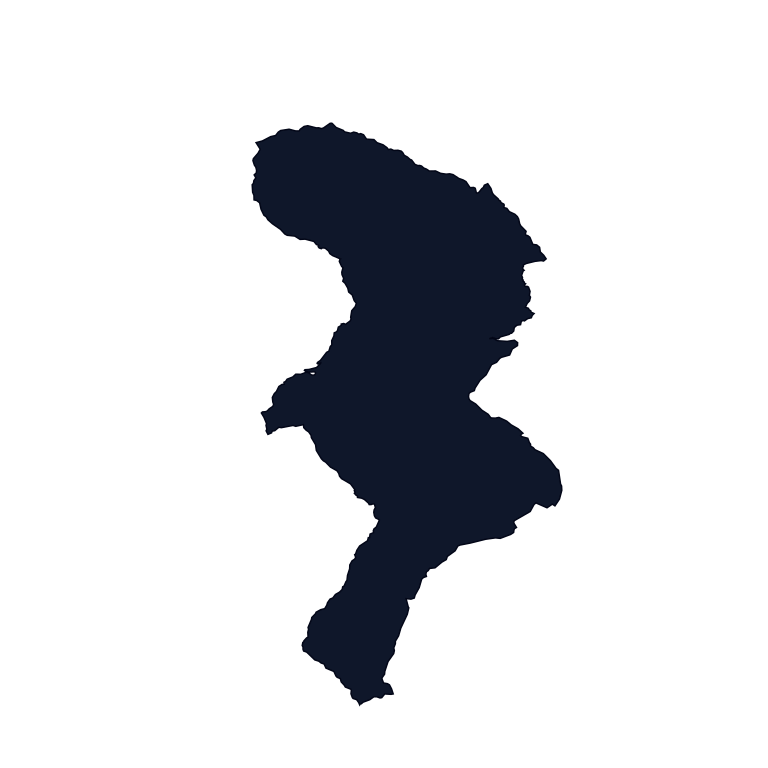 outline of Pamplona, Norte de Santander, Colombia, rotated 60°
{"feature_id": "7082276B8319460942471", "entity_name": "Pamplona", "entity_type": "district", "adm_level": 2, "iso_a3": "COL", "parent_name": "Colombia", "parent_adm1": "Norte de Santander", "projection": "mercator", "projection_center": [-72.675, 7.367], "detail": "fine", "context": "isolated", "style": "filled", "palette": "ink", "viewbox_px": 768, "rotation_deg": 60, "n_neighbors": 0, "source": "geoboundaries", "source_scale": "gbopen_adm2", "svg_char_len": 6170}
<svg xmlns="http://www.w3.org/2000/svg" viewBox="0 0 768 768"><g transform="rotate(60 384 384)"><path d="M569.6,585.6L571.4,585.7L573.3,586.8L575.1,587.1L577.5,585.0L588.3,581.9L591.5,579.0L594.1,578.0L596.5,575.9L601.1,576.3L607.9,571.1L612.9,571.6L614.6,571.2L617.3,569.1L620.6,570.0L625.0,569.0L627.1,569.0L631.8,565.3L632.9,565.4L635.8,567.5L639.8,568.2L640.9,568.0L643.7,565.5L647.3,565.2L649.7,565.5L649.2,564.7L649.6,563.5L649.1,561.2L650.3,554.2L649.8,549.2L651.3,546.6L653.9,544.4L654.5,542.8L652.8,538.3L656.3,533.0L657.0,531.0L651.8,529.9L647.3,529.7L645.3,530.8L642.7,533.9L638.4,533.2L637.4,532.5L635.6,528.6L633.3,527.0L626.4,519.3L622.3,510.4L620.0,508.3L617.4,507.5L614.6,504.0L612.4,502.7L609.4,497.3L603.8,491.5L595.1,479.0L590.2,474.4L589.3,474.5L580.9,472.2L583.8,468.2L584.5,464.8L582.3,462.6L578.0,455.4L571.8,448.9L571.3,446.5L571.9,443.5L569.5,442.8L567.8,441.0L567.7,439.0L566.5,436.8L568.7,431.7L567.2,423.0L567.2,417.9L565.0,415.4L564.0,405.8L561.2,401.0L561.5,398.6L564.9,388.8L569.3,373.5L573.0,364.4L575.8,360.5L577.6,349.4L577.4,346.0L575.1,344.2L574.5,343.1L574.5,341.0L569.6,341.1L568.3,340.6L567.5,339.4L567.5,321.1L563.4,314.4L562.9,311.9L572.7,304.7L572.2,298.3L575.0,296.9L571.4,289.6L565.0,283.2L561.1,281.2L558.9,281.1L546.0,276.0L543.2,277.2L533.7,278.2L524.0,280.8L516.4,286.1L513.8,286.6L511.0,288.1L509.4,287.2L507.4,287.4L502.9,286.6L498.5,291.0L496.7,291.4L496.1,290.2L496.1,288.3L489.8,290.3L483.0,294.3L477.5,296.3L470.4,301.2L469.2,304.7L467.1,308.0L466.1,308.5L462.4,308.9L455.7,312.3L447.2,314.6L441.3,317.8L439.0,317.8L437.0,317.0L434.7,315.2L434.3,313.3L434.9,309.1L433.0,307.1L428.8,299.0L427.1,291.0L421.0,281.2L421.5,275.7L419.7,271.0L419.6,269.0L421.7,260.7L417.8,255.4L417.5,249.2L415.0,247.6L411.3,249.2L408.7,256.0L403.7,263.5L402.4,264.8L399.0,266.6L397.4,270.2L398.0,266.7L400.8,264.3L402.1,262.2L401.4,259.7L403.6,250.8L403.3,249.3L403.8,248.1L403.0,245.2L400.4,243.1L399.9,241.6L399.6,239.3L400.9,236.1L398.3,233.7L398.6,231.8L399.6,230.8L399.2,226.9L400.3,223.3L398.7,221.3L398.0,218.8L395.4,220.7L394.1,220.3L392.3,221.2L390.6,221.1L388.2,223.2L385.8,219.7L384.8,216.4L382.0,213.7L379.9,213.8L376.8,211.2L372.3,210.4L371.0,211.2L370.3,212.7L369.3,213.0L368.3,212.8L368.0,211.3L367.0,211.9L365.4,211.6L364.3,212.3L363.6,211.5L362.4,211.9L361.0,210.8L358.8,210.6L355.7,207.0L355.6,205.8L354.3,206.3L352.4,205.8L352.0,204.6L350.5,203.6L350.8,200.4L353.3,191.8L355.7,186.2L357.3,184.3L356.7,181.0L352.4,181.3L347.8,182.6L343.4,180.9L339.9,182.2L337.5,185.3L329.9,184.3L327.4,185.3L326.2,186.7L324.6,186.4L322.8,184.6L315.4,186.5L313.1,186.4L308.4,184.9L305.7,184.8L302.4,185.8L297.4,189.3L293.3,189.8L291.1,192.0L289.1,190.4L288.1,190.3L285.4,192.0L283.8,191.7L282.3,192.6L281.0,192.5L274.7,194.5L272.6,194.6L268.1,193.6L262.4,194.0L262.0,197.7L263.5,199.8L263.7,201.6L265.4,205.8L265.4,207.8L264.5,208.4L260.1,207.1L258.6,208.1L257.0,211.3L249.7,211.8L246.8,213.5L243.4,216.4L237.2,219.5L234.9,221.9L233.3,225.3L229.8,229.7L225.3,232.8L222.3,238.2L219.1,239.8L216.8,241.6L214.0,242.5L212.7,243.7L211.7,245.5L209.3,247.4L203.8,248.1L202.4,249.2L199.2,250.2L196.1,252.1L192.9,252.1L191.0,252.6L188.6,255.0L186.6,258.8L184.0,260.6L183.1,263.0L181.0,263.2L176.4,265.2L171.5,269.4L167.3,270.5L163.2,276.7L157.9,277.1L155.5,279.0L155.0,281.0L153.0,281.9L150.7,284.3L150.2,287.5L145.9,292.1L144.0,292.5L137.9,297.2L132.4,298.6L131.9,299.1L131.3,300.3L132.0,308.5L131.5,310.5L129.5,312.4L128.4,314.5L122.2,320.9L121.0,324.4L121.5,329.1L122.4,331.1L120.5,334.2L115.9,338.8L112.8,346.8L113.0,349.6L114.6,353.6L113.1,358.5L112.7,367.8L111.0,374.1L118.8,373.8L121.2,377.8L123.5,384.4L125.0,385.8L129.7,386.8L132.2,386.6L135.2,387.5L137.3,389.0L138.0,391.9L141.4,391.9L142.7,394.9L145.0,396.8L145.5,398.5L152.3,401.9L155.6,402.3L159.6,404.5L161.4,402.5L164.9,401.1L171.2,403.1L177.8,403.6L180.4,402.4L183.7,402.4L189.4,400.5L198.3,396.3L204.5,394.9L206.8,393.5L211.3,387.3L216.8,384.4L219.1,379.9L225.5,373.4L229.4,372.8L231.3,371.2L232.1,372.3L233.8,372.1L235.5,370.6L235.3,369.2L237.0,367.0L241.2,365.5L244.0,365.7L247.1,364.3L254.0,359.1L254.3,360.2L255.5,361.4L261.0,361.9L262.8,361.4L266.0,364.6L268.3,365.7L272.3,366.1L274.4,368.3L277.2,367.4L282.8,367.4L286.7,368.6L291.0,367.0L296.9,368.1L300.3,367.6L302.6,370.2L304.4,375.3L309.6,379.5L311.4,380.1L312.5,381.9L313.1,387.5L311.5,388.6L310.7,391.1L311.9,391.7L311.9,395.1L314.5,397.6L315.1,399.3L314.8,401.5L317.4,403.4L320.3,407.6L324.0,409.6L324.7,411.8L328.0,415.3L327.9,417.9L331.8,427.3L332.1,430.8L332.7,431.6L333.5,431.3L334.0,428.2L334.5,428.6L336.0,434.2L333.9,441.7L332.1,445.3L332.4,446.1L333.8,445.6L336.5,442.4L338.8,437.9L340.2,437.7L341.3,439.0L341.3,440.2L340.1,442.2L337.0,443.5L335.0,445.2L334.0,451.2L331.4,455.5L332.3,459.5L331.4,465.5L332.6,468.0L332.5,469.8L334.4,470.5L333.4,472.5L333.6,476.3L336.7,480.9L337.5,483.8L339.8,487.4L344.0,489.3L346.4,489.7L347.8,491.5L348.1,495.8L349.0,498.6L348.8,500.3L347.4,503.3L347.8,504.7L352.7,504.6L359.5,505.5L360.9,506.9L364.5,508.0L365.6,509.5L369.6,509.7L370.1,505.8L368.9,504.5L369.8,501.9L368.9,496.7L370.5,494.7L374.4,483.5L376.5,481.6L378.9,474.1L381.7,475.3L385.1,474.5L387.7,473.2L392.0,472.8L394.1,473.7L402.3,473.6L407.7,475.8L417.4,475.6L420.2,474.9L422.5,473.6L429.2,471.9L435.6,468.1L438.9,467.9L441.6,468.6L444.7,468.1L453.8,462.9L460.9,462.1L461.5,463.1L463.4,463.1L463.8,464.3L466.3,463.8L467.7,463.0L469.0,463.7L471.7,460.4L474.2,458.7L479.4,457.0L481.0,457.1L482.0,455.4L482.1,454.2L482.9,452.6L483.5,452.4L486.8,453.3L488.1,455.5L490.0,457.0L493.3,458.2L495.8,458.2L498.3,456.5L499.6,456.1L504.0,462.1L504.5,465.2L505.8,466.7L507.5,467.3L507.0,471.1L509.8,473.3L509.2,474.4L511.5,476.6L512.1,486.1L514.4,490.6L517.1,493.7L517.1,494.7L520.0,495.2L521.0,497.0L521.2,500.1L523.6,504.1L526.9,506.2L531.5,511.3L535.6,514.3L536.1,515.7L539.0,519.6L539.0,521.2L541.0,522.9L542.0,526.6L542.0,531.3L543.7,535.3L543.3,538.3L545.2,542.3L547.0,544.2L548.9,547.7L547.8,551.6L547.7,556.9L548.7,558.2L550.1,563.3L551.6,564.5L556.9,571.5L558.7,572.0L560.9,574.1L565.2,576.3L565.2,578.0L566.4,581.8L567.2,582.4L567.2,583.5L569.6,585.6Z" fill="#0f172a" stroke="#020617" stroke-width="1.5"/></g></svg>